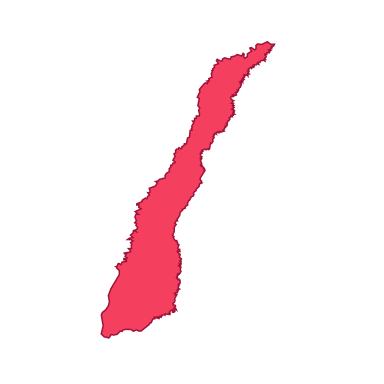 outline of Hato Corozal, Casanare, Colombia, rotated 299°
{"feature_id": "7082276B62736204649279", "entity_name": "Hato Corozal", "entity_type": "district", "adm_level": 2, "iso_a3": "COL", "parent_name": "Colombia", "parent_adm1": "Casanare", "projection": "robinson", "projection_center": [-70.999, 6.057], "detail": "fine", "context": "isolated", "style": "filled", "palette": "rose", "viewbox_px": 384, "rotation_deg": 299, "n_neighbors": 0, "source": "geoboundaries", "source_scale": "gbopen_adm2", "svg_char_len": 6074}
<svg xmlns="http://www.w3.org/2000/svg" viewBox="0 0 384 384"><g transform="rotate(299 192 192)"><path d="M237.1,161.9L231.2,163.8L230.5,161.9L228.6,162.5L226.9,161.2L225.0,161.8L224.4,161.1L224.5,159.1L222.8,159.3L222.2,157.9L220.5,157.4L218.5,158.7L216.7,157.7L214.9,160.0L210.5,159.9L210.2,162.5L209.5,163.0L208.0,161.3L206.1,161.6L205.1,160.5L203.6,161.3L201.1,160.8L199.0,162.3L195.8,160.5L193.3,160.5L191.2,161.7L187.2,157.3L185.6,157.2L183.5,155.1L183.4,157.2L179.6,157.2L174.5,152.8L171.8,155.3L170.8,155.3L170.0,153.6L168.6,156.2L166.3,155.3L164.3,155.7L164.0,154.1L160.5,152.4L159.4,153.0L154.8,149.4L153.8,150.2L155.3,151.5L152.7,153.0L152.6,155.6L147.3,151.8L146.6,156.0L145.6,153.8L142.6,154.1L139.8,157.4L137.3,156.8L137.5,158.9L135.6,159.1L134.7,161.7L132.2,161.7L131.0,160.6L130.2,162.4L129.8,159.5L127.5,160.3L124.5,159.1L123.5,162.4L121.3,159.7L119.2,158.7L120.7,161.6L120.6,164.2L118.0,162.8L117.1,164.7L115.8,164.7L113.2,166.6L111.7,163.9L110.7,166.8L109.7,167.2L105.7,162.3L105.2,162.9L106.1,164.6L103.2,164.7L102.9,167.3L101.7,166.7L100.9,164.7L99.7,165.1L100.4,167.8L99.5,168.4L96.8,164.8L93.8,165.0L94.1,163.0L93.5,162.1L90.8,162.5L89.8,161.7L90.0,162.8L89.0,163.1L88.0,166.5L84.5,168.5L68.2,168.0L60.8,169.1L56.1,172.9L52.2,174.0L47.5,173.8L43.1,172.0L40.5,172.3L31.9,179.2L23.9,181.4L22.8,185.3L24.1,190.1L28.2,190.5L28.9,192.8L31.3,195.6L35.4,196.6L36.3,198.5L37.8,198.5L39.6,200.4L42.2,205.3L41.8,208.2L44.5,210.3L44.6,212.9L45.8,214.9L55.4,218.8L57.2,218.7L57.9,219.7L61.7,219.3L63.2,220.9L64.0,219.9L64.5,222.2L64.7,220.8L65.5,222.5L66.8,222.0L65.0,223.3L65.3,224.5L67.5,224.0L67.4,225.7L68.4,225.8L68.8,225.0L71.2,226.9L71.1,228.1L72.4,227.7L74.1,232.1L75.4,231.7L75.2,230.6L76.8,230.5L79.4,231.9L79.6,232.7L77.5,233.1L77.7,234.2L78.9,234.8L79.1,233.5L79.9,234.5L81.6,233.9L81.4,235.3L82.4,234.0L81.7,232.4L84.2,233.0L84.8,232.0L84.1,230.7L85.4,229.2L87.1,230.1L89.2,229.6L90.1,228.5L94.7,228.5L93.9,227.2L94.9,227.0L95.4,227.8L95.0,226.0L96.6,226.9L96.8,227.9L99.4,227.6L98.7,226.1L101.1,228.1L101.2,226.3L103.8,225.9L104.0,225.2L104.6,225.8L105.0,225.0L106.6,225.8L109.1,224.2L108.6,222.9L109.5,222.7L108.8,221.7L109.6,220.0L110.2,220.6L110.9,220.0L111.1,220.8L111.1,219.7L113.2,219.3L113.0,220.1L114.1,219.8L114.1,220.8L117.1,220.9L118.4,219.4L121.0,218.6L120.5,218.0L121.4,217.1L121.1,216.2L122.0,216.7L122.5,216.1L122.4,217.4L123.6,217.4L123.8,216.5L124.6,216.9L125.1,215.8L126.1,216.0L125.7,214.9L128.3,215.2L128.9,212.6L131.6,211.9L131.0,211.1L132.0,210.5L132.8,207.9L133.5,208.0L134.1,210.3L135.9,209.0L135.2,207.9L136.0,206.7L139.5,206.2L139.4,204.3L140.2,204.4L142.1,202.2L141.2,201.6L141.8,199.9L142.9,197.8L144.2,197.9L144.5,196.1L148.8,195.6L152.9,193.5L156.0,193.9L156.2,192.1L159.4,192.3L159.8,193.1L160.3,192.2L165.5,192.6L168.3,191.5L171.9,192.6L172.5,192.0L174.5,193.9L175.9,193.2L178.6,194.5L180.3,193.4L183.3,193.3L183.7,193.9L187.4,193.7L189.0,195.0L190.6,195.0L191.7,193.8L192.9,193.8L195.1,194.9L196.3,194.3L200.3,195.5L202.5,194.6L204.7,196.2L204.6,195.3L206.1,195.2L206.4,193.5L208.1,192.4L216.3,192.9L216.7,192.1L217.2,192.8L218.4,191.6L218.3,190.3L219.2,190.2L219.1,187.2L220.2,187.7L220.1,186.4L221.4,186.8L224.0,183.8L224.9,184.3L225.5,183.1L226.2,184.1L226.9,183.1L227.6,183.5L227.6,182.3L229.2,180.8L230.4,181.8L230.5,180.7L231.5,181.2L231.4,180.6L232.7,180.4L233.0,181.7L234.1,180.9L236.0,183.2L235.8,184.0L237.7,185.0L237.2,186.0L238.0,186.5L243.7,184.5L243.9,185.6L246.6,185.8L248.1,184.5L250.2,185.0L250.7,183.5L251.9,184.1L252.7,183.1L253.2,183.8L254.4,183.6L254.4,185.0L254.9,184.3L256.8,185.1L256.4,186.1L257.9,186.3L257.4,187.5L259.0,187.9L258.8,188.6L261.0,190.7L261.5,189.1L263.0,189.9L264.3,189.2L264.8,190.0L266.0,189.2L266.5,190.4L268.1,190.2L268.4,188.9L269.2,189.5L271.4,188.8L272.0,189.6L274.2,189.8L275.0,188.5L276.4,189.6L277.5,189.3L277.5,190.7L278.7,189.9L279.1,190.8L280.0,189.9L280.7,191.4L281.0,190.1L282.1,190.2L281.9,189.2L283.3,189.6L283.6,188.3L283.9,189.2L284.4,188.1L283.8,186.7L286.4,187.8L286.8,186.0L287.8,186.7L287.7,185.5L289.6,185.4L288.8,183.6L290.2,184.0L291.1,183.4L292.0,184.1L292.0,181.5L293.3,179.9L296.7,180.9L295.4,181.7L296.7,182.3L296.8,181.4L297.7,183.5L298.7,183.8L300.1,181.8L301.3,183.3L303.2,182.2L303.1,183.4L305.9,182.8L307.2,183.5L310.1,183.0L310.2,181.7L310.8,181.9L310.4,181.2L311.4,182.2L311.6,180.7L312.6,182.3L312.4,180.9L313.5,181.3L313.0,182.6L314.2,181.6L313.9,182.7L314.7,182.6L314.4,182.0L315.4,181.6L315.8,182.7L316.4,181.3L317.5,182.1L318.2,181.2L317.7,182.1L318.2,182.3L319.3,180.5L320.0,181.2L319.3,181.8L321.0,183.1L320.2,183.7L321.4,183.4L320.7,184.6L322.5,183.7L323.0,184.6L323.5,182.6L323.6,183.3L324.4,183.1L324.0,184.0L324.8,182.2L325.3,183.2L326.3,182.2L326.5,183.2L326.6,181.8L327.8,182.1L329.7,183.1L328.9,184.1L330.5,184.6L330.9,185.5L331.9,185.5L331.6,184.2L332.3,184.0L332.6,185.1L333.4,184.7L334.5,186.7L335.8,186.7L336.0,188.4L337.2,186.8L338.2,188.6L340.0,188.4L341.9,190.7L341.9,192.2L342.8,191.1L343.5,192.1L344.1,190.6L346.1,191.4L347.1,190.5L347.0,189.4L348.1,189.0L348.7,190.7L350.2,190.0L351.1,191.7L352.6,191.4L352.1,192.1L352.9,192.0L353.0,190.9L353.9,191.9L353.8,190.4L356.0,192.2L356.4,191.3L357.3,191.4L357.9,192.5L357.7,191.4L358.3,190.5L358.0,191.5L359.3,192.6L361.2,192.5L359.3,189.2L360.0,185.1L354.9,181.5L353.2,177.5L351.1,176.9L348.5,178.5L346.7,178.0L347.1,173.8L345.9,172.8L344.0,175.8L339.7,173.5L337.3,174.7L334.8,173.5L335.1,171.7L337.7,170.9L338.1,169.5L335.0,169.4L334.1,164.8L331.8,163.7L329.3,160.8L326.5,161.0L325.2,155.6L323.4,154.3L321.3,154.8L320.4,153.6L320.3,149.7L318.8,149.6L317.1,152.9L313.5,149.9L312.0,151.3L309.7,150.4L308.9,151.3L307.8,150.5L307.1,151.6L304.8,151.5L302.2,153.8L299.2,151.7L297.8,153.1L296.3,151.3L296.0,152.7L294.2,152.8L294.3,151.2L293.1,150.3L285.2,148.7L283.5,150.4L277.4,150.7L277.4,153.0L270.3,155.3L269.2,158.1L266.6,158.2L263.9,160.8L261.9,161.5L260.6,158.9L258.6,160.1L257.7,158.6L255.4,159.8L254.3,158.1L253.4,160.0L249.6,159.8L248.5,160.9L247.3,160.7L246.3,162.0L245.0,160.5L238.8,163.2L237.1,161.9Z" fill="#f43f5e" stroke="#9f1239" stroke-width="1.5"/></g></svg>